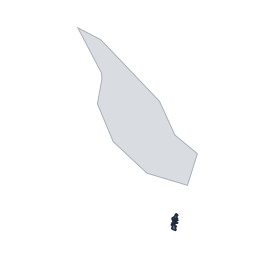 Medalaii, Koror, Palau (highlighted), rotated 307°
{"feature_id": "81905179B66298370942195", "entity_name": "Medalaii", "entity_type": "district", "adm_level": 2, "iso_a3": "PLW", "parent_name": "Palau", "parent_adm1": "Koror", "projection": "albers", "projection_center": [134.462, 7.336], "detail": "fine", "context": "in_parent", "style": "filled", "palette": "slate", "viewbox_px": 256, "rotation_deg": 307, "n_neighbors": 0, "source": "geoboundaries", "source_scale": "gbopen_adm2", "svg_char_len": 3769}
<svg xmlns="http://www.w3.org/2000/svg" viewBox="0 0 256 256"><g transform="rotate(307 128 128)"><path d="M149.2,198.9L118.0,210.0L103.3,170.4L108.2,124.4L128.9,89.0L151.4,77.7L156.0,73.7L177.8,27.7L182.1,53.1L168.3,137.0L150.6,169.7L149.2,198.9Z" fill="#d9dde1" stroke="#a8b0b8" stroke-width="1"/><path d="M88.3,220.2L88.6,218.8L88.5,218.7L88.5,218.8L88.4,218.8L88.5,218.6L88.5,218.4L88.5,218.2L88.4,218.1L88.2,218.1L87.9,218.0L87.6,218.0L87.4,218.0L87.2,218.2L86.9,218.0L86.7,218.1L86.3,218.3L85.8,218.4L85.4,218.4L85.2,218.5L85.2,218.4L84.7,218.3L84.6,218.2L84.3,218.1L84.1,218.1L83.9,217.9L83.5,217.7L83.4,217.7L82.9,217.5L82.7,217.5L82.4,217.6L82.1,217.7L82.0,218.0L81.9,218.2L81.9,218.3L81.8,218.5L81.7,218.5L81.7,219.1L81.2,219.7L81.1,219.3L81.0,219.2L80.7,219.6L80.9,219.8L81.0,220.0L80.9,220.1L81.0,220.2L81.0,220.3L81.2,220.2L81.2,220.4L81.3,220.4L81.4,220.0L81.5,219.9L81.6,219.7L81.5,219.4L81.8,219.2L81.9,219.3L82.1,219.2L82.1,219.3L82.3,219.5L82.5,219.5L82.6,219.9L82.8,220.1L83.0,220.3L83.1,220.2L83.2,219.9L83.3,219.9L83.7,220.1L83.8,220.0L83.9,220.3L84.0,220.5L84.3,220.6L83.7,221.1L83.6,221.3L83.2,221.4L83.0,221.2L82.9,221.1L82.9,221.3L83.0,221.3L82.8,221.4L82.7,221.4L82.6,221.5L82.6,221.8L82.8,221.7L83.1,221.6L83.2,221.9L83.3,221.9L83.3,221.7L83.4,221.9L83.6,222.2L83.6,222.4L84.0,223.0L84.3,223.2L84.2,223.1L84.3,222.8L84.4,222.6L84.6,222.5L84.8,222.3L84.8,222.2L84.7,222.2L84.6,222.3L84.4,222.5L84.2,222.7L84.2,222.8L84.0,222.6L84.0,222.8L83.9,222.9L83.7,222.5L83.6,222.3L83.7,222.2L84.0,222.0L84.0,221.9L83.7,222.1L83.6,221.9L83.8,221.9L84.1,221.8L84.3,221.9L84.5,221.9L84.7,222.0L84.8,222.1L85.0,222.2L85.2,222.3L85.3,222.3L85.3,222.2L85.4,221.3L85.4,221.2L85.6,221.1L85.8,220.9L86.0,220.9L86.2,220.7L86.3,220.7L87.1,220.2L87.5,220.2L88.3,220.2ZM75.3,228.2L75.3,228.3L75.3,227.5L75.6,227.5L75.7,227.3L76.0,227.0L76.1,226.9L76.2,226.7L76.5,226.4L76.6,226.2L76.9,225.9L77.2,226.0L77.3,225.9L77.6,225.6L77.7,225.4L78.3,225.8L78.6,225.2L77.8,224.6L77.7,224.5L77.7,224.4L77.8,224.2L78.2,224.1L78.3,224.0L78.5,223.6L78.9,223.4L79.0,222.8L79.0,222.6L79.2,222.8L79.2,222.7L78.8,222.6L78.4,222.7L78.2,222.6L78.1,222.1L78.1,221.7L78.2,221.3L78.0,221.2L77.8,221.1L77.7,221.1L77.4,221.2L77.4,221.3L77.2,221.1L77.2,220.8L77.1,220.7L76.9,220.9L76.8,221.0L77.0,221.5L76.9,221.6L76.8,221.4L76.6,221.4L76.6,221.7L76.6,222.1L76.5,222.3L76.4,222.5L76.2,222.5L75.8,222.8L75.7,222.9L75.4,222.9L75.4,222.7L75.3,222.9L75.2,223.1L74.9,223.1L74.9,222.9L74.9,222.7L74.9,222.4L74.9,222.8L74.8,223.1L74.3,223.1L74.9,223.2L75.0,223.2L74.9,223.3L74.4,223.3L74.2,223.4L74.1,223.5L73.9,223.7L73.9,223.8L74.0,224.1L74.1,224.4L74.0,224.6L74.1,225.2L74.1,225.4L74.2,225.8L74.3,225.9L74.4,226.0L74.4,226.3L74.7,227.4L74.8,227.4L75.2,227.5L75.3,228.2ZM79.2,220.7L78.9,220.5L78.9,220.8L79.0,220.9L79.2,221.0L79.3,221.2L79.3,221.3L79.1,221.4L79.1,221.5L79.2,222.0L79.3,222.1L79.7,222.3L80.0,222.4L80.3,222.5L80.4,223.0L80.6,223.2L80.7,223.5L80.9,223.7L81.1,224.0L81.4,224.3L81.5,224.3L81.6,224.5L81.8,224.8L82.0,224.7L81.9,224.6L82.0,224.4L81.9,224.2L81.7,224.3L81.6,224.2L81.6,223.7L81.8,223.4L82.0,223.2L82.2,223.3L82.2,223.2L82.3,222.8L82.3,222.7L82.2,222.5L82.1,222.4L81.9,222.4L81.6,222.1L81.4,221.9L81.2,221.8L81.1,221.6L80.9,221.5L80.2,221.0L79.8,221.0L79.6,221.0L79.6,220.9L81.0,220.9L80.9,220.8L79.4,220.8L79.2,220.7ZM83.3,220.5L83.5,220.4L83.4,220.3L83.4,220.2L83.2,220.1L83.2,220.3L83.2,220.5L83.3,220.7L83.3,220.5ZM78.3,220.5L78.5,220.5L78.8,220.5L78.7,220.4L78.4,220.4L78.3,220.5ZM83.7,220.2L83.6,220.3L83.8,220.3L83.8,220.2L83.7,220.2ZM78.8,221.2L78.7,221.1L78.8,221.2ZM77.7,220.7L77.7,220.8L77.7,220.7L77.7,220.7ZM83.4,220.7L83.5,220.7L83.4,220.7L83.4,220.7ZM83.4,220.8L83.5,220.8L83.4,220.8L83.4,220.8Z" fill="#64748b" stroke="#1e293b" stroke-width="1.5"/></g></svg>